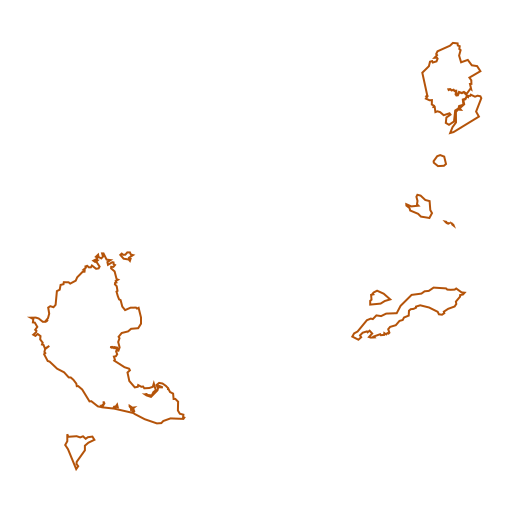 Montijo, Veraguas, Panama (orthographic projection)
{"feature_id": "35544464B52455238358598", "entity_name": "Montijo", "entity_type": "district", "adm_level": 2, "iso_a3": "PAN", "parent_name": "Panama", "parent_adm1": "Veraguas", "projection": "orthographic", "projection_center": [-81.451, 7.644], "detail": "fine", "context": "isolated", "style": "outline", "palette": "amber", "viewbox_px": 512, "rotation_deg": 0, "n_neighbors": 0, "source": "geoboundaries", "source_scale": "gbopen_adm2", "svg_char_len": 5963}
<svg xmlns="http://www.w3.org/2000/svg" viewBox="0 0 512 512"><path d="M106.6,259.6L103.5,253.4L102.1,253.4L103.0,256.6L101.3,258.4L98.5,257.0L98.1,254.7L95.9,256.8L97.4,257.7L97.1,258.8L93.4,260.7L95.1,261.9L96.6,260.4L97.5,260.5L96.3,261.6L99.6,266.6L98.6,268.4L96.1,268.8L91.9,265.5L90.9,267.3L88.8,267.3L87.2,265.8L85.5,266.4L85.9,267.6L83.5,269.7L84.7,270.1L84.5,271.7L82.6,271.8L77.2,277.3L75.7,280.7L70.2,283.6L68.6,282.3L63.8,282.2L63.5,284.2L60.6,284.9L59.7,289.7L56.9,291.1L55.6,304.8L53.5,307.2L50.3,306.2L48.2,307.6L49.2,313.7L48.0,318.1L45.3,321.4L47.8,319.7L46.9,321.0L45.6,321.8L42.8,321.8L38.7,318.5L35.8,317.6L30.7,317.7L33.3,319.1L32.9,322.4L34.8,322.6L37.3,326.9L35.2,329.8L36.4,330.7L36.1,332.2L33.3,334.7L35.4,335.9L37.7,334.0L40.5,336.1L40.2,339.4L42.7,342.7L42.0,344.5L43.5,344.9L45.0,348.6L49.3,345.9L45.1,349.1L44.4,352.0L45.3,353.1L44.1,354.2L47.7,361.0L49.6,361.6L57.1,368.7L64.1,372.3L68.7,377.4L70.8,377.5L73.4,379.8L76.3,383.6L76.8,386.2L78.2,386.1L82.2,389.5L89.5,401.4L91.3,401.2L97.9,406.4L101.6,407.1L101.2,406.2L104.2,403.4L103.5,402.1L103.5,401.5L104.4,403.4L102.6,406.4L101.5,406.1L102.1,407.3L113.1,408.5L114.1,406.7L116.3,406.4L117.5,406.9L116.4,405.6L117.1,404.6L117.7,407.1L116.1,406.8L113.7,408.5L133.2,413.0L132.5,411.9L133.9,411.3L133.4,409.6L131.1,410.0L131.0,408.8L131.8,407.7L130.3,407.4L129.6,406.4L129.6,405.8L132.1,407.5L131.3,409.8L133.3,407.6L134.1,407.5L133.1,408.3L134.2,411.2L132.9,412.0L134.3,413.8L144.7,419.2L156.9,423.4L161.3,423.1L163.3,421.0L170.5,418.4L183.4,418.9L184.3,417.6L183.1,417.1L183.4,414.7L179.8,413.7L177.9,410.5L178.1,401.7L175.3,398.9L173.6,399.0L173.1,393.6L170.0,392.0L168.5,389.0L167.9,390.0L168.1,388.2L165.9,385.9L162.5,383.5L159.1,382.9L156.6,385.0L157.3,386.8L158.9,385.8L162.8,387.4L158.3,387.3L157.5,390.3L151.0,396.9L146.5,395.4L145.0,394.4L146.3,394.4L146.5,393.1L146.5,394.9L151.8,395.4L153.4,392.1L155.8,390.2L153.8,383.5L152.8,386.8L149.3,388.0L144.3,388.3L143.0,386.5L141.4,386.8L138.2,385.1L137.8,386.8L134.8,387.4L129.3,381.0L127.5,372.5L129.9,370.3L129.1,368.7L124.5,367.2L114.2,360.6L114.9,359.6L113.9,356.6L115.9,356.2L117.2,354.2L116.1,351.5L117.1,348.4L115.4,348.1L114.7,347.4L114.0,348.1L113.0,347.2L112.0,347.8L110.3,347.0L112.8,346.9L114.0,347.8L114.6,347.1L117.1,347.6L117.3,350.5L118.4,350.7L119.6,347.4L118.2,342.0L119.5,338.2L118.6,336.8L121.7,333.0L128.1,331.4L131.1,328.8L138.2,328.2L141.0,323.7L141.0,317.5L138.6,307.8L137.0,308.6L136.0,307.6L130.5,307.7L125.1,310.1L122.3,306.6L120.6,300.1L119.1,299.4L117.8,296.1L116.5,291.6L117.5,290.9L116.7,286.2L114.9,284.3L115.1,282.9L116.4,282.5L115.7,281.0L118.0,279.7L116.6,279.1L114.6,271.4L111.1,268.4L111.2,266.8L113.4,266.9L115.0,265.0L113.6,264.2L113.5,262.4L112.3,262.2L108.0,264.8L107.4,262.1L110.5,260.1L106.6,259.6ZM436.2,54.0L437.1,55.1L434.5,57.8L436.9,57.7L437.6,58.7L436.5,61.4L432.8,62.5L432.2,61.1L430.0,61.7L428.9,66.2L422.3,72.7L427.2,95.2L426.4,96.1L427.4,96.4L425.9,98.6L429.6,100.3L431.9,100.1L431.8,104.5L433.9,105.7L433.5,107.0L434.7,106.9L435.4,112.1L437.4,111.3L440.1,112.1L443.7,115.2L449.5,113.3L450.5,114.6L446.4,117.5L445.8,122.9L449.0,124.8L454.0,121.5L455.2,110.5L458.5,108.4L459.1,106.0L463.4,104.7L462.8,99.5L465.4,98.7L467.1,95.6L463.7,92.2L461.9,93.2L459.2,92.3L457.9,95.3L456.5,95.5L455.6,94.5L456.1,90.9L454.5,91.1L453.6,89.8L451.6,90.5L450.2,89.3L448.7,90.0L448.4,89.3L450.3,89.1L451.7,90.4L453.6,89.7L454.5,90.8L456.2,90.7L456.6,95.3L457.8,95.0L459.0,91.9L461.7,92.9L463.9,91.9L466.7,93.8L470.4,88.7L471.2,89.3L470.0,84.0L471.4,83.9L471.3,80.3L469.4,77.6L480.4,71.2L477.1,66.1L471.8,65.3L467.8,59.9L461.1,62.3L459.1,55.6L460.6,50.1L459.3,49.0L459.7,46.2L457.8,45.5L457.6,43.4L452.9,42.9L450.0,45.7L437.5,51.3L436.2,54.0ZM446.0,288.4L433.6,287.6L428.8,290.9L424.6,291.3L421.4,293.6L411.6,294.9L400.6,305.8L396.7,313.2L386.2,313.6L381.1,316.1L376.4,315.4L372.8,319.1L370.8,318.6L366.9,320.2L357.6,331.5L354.1,333.4L352.3,336.6L358.4,339.7L361.2,337.2L360.0,335.4L362.7,332.7L366.9,331.4L367.6,332.3L369.6,330.7L372.2,333.5L369.0,337.0L370.7,337.6L374.5,337.4L373.8,336.5L380.2,334.2L380.8,335.2L384.1,334.9L384.3,333.1L386.2,334.4L387.4,333.1L388.5,333.6L389.4,332.7L388.2,329.2L390.1,326.9L395.8,325.2L399.5,320.9L402.7,320.0L404.0,317.5L408.7,315.6L409.0,310.7L410.7,309.2L413.5,308.9L416.0,307.7L416.0,306.6L420.2,305.3L429.1,307.5L437.7,311.8L438.9,314.3L442.0,314.7L444.3,313.2L443.8,311.7L448.2,308.8L454.6,306.5L456.3,304.0L455.9,301.6L460.1,296.6L460.1,295.1L463.0,294.5L464.6,292.7L461.6,292.4L456.2,288.5L454.7,289.6L450.7,289.8L447.3,289.6L446.0,288.4ZM475.0,96.7L470.8,94.7L470.3,95.8L468.2,95.9L468.1,97.1L466.7,96.5L465.4,99.3L463.3,100.0L464.2,104.3L458.7,109.2L460.3,109.1L460.9,109.8L457.9,109.6L455.9,112.0L456.0,122.4L452.5,127.2L450.2,133.0L453.5,132.1L478.9,116.6L476.1,111.6L481.3,98.2L480.4,96.3L477.6,95.7L475.0,96.7ZM76.6,436.2L68.3,436.8L67.3,434.2L67.3,441.2L65.2,445.0L68.0,449.2L76.2,469.1L78.2,466.2L76.5,464.0L76.7,461.8L84.9,450.3L84.9,445.7L88.4,442.7L94.4,439.8L92.4,436.6L87.9,437.2L85.7,438.8L83.0,436.3L80.2,437.4L76.6,436.2ZM417.4,194.8L416.4,196.8L417.5,200.9L417.0,204.3L418.4,205.7L411.3,206.4L406.3,204.2L406.4,205.6L409.5,208.0L410.2,210.5L418.1,213.8L420.9,216.6L429.4,218.0L432.0,213.1L430.3,210.1L429.6,201.1L425.3,200.0L420.6,195.6L417.4,194.8ZM377.1,290.7L373.6,292.5L372.6,293.7L373.2,294.4L371.1,294.9L371.5,299.7L370.2,300.8L370.2,304.6L380.6,303.6L384.8,301.0L390.2,299.4L383.7,293.7L377.1,290.7ZM444.2,156.6L440.2,155.1L437.2,156.2L433.6,161.2L433.8,162.7L438.0,166.1L443.9,165.8L446.0,164.0L444.2,156.6ZM129.9,252.4L127.3,252.4L125.3,254.7L123.2,254.8L121.7,253.6L120.3,254.9L123.6,258.7L128.7,259.5L129.9,260.9L130.5,259.0L129.1,259.0L128.9,257.8L133.0,255.1L130.8,254.5L129.9,252.4ZM453.7,225.7L453.3,224.7L452.0,223.8L452.3,224.6L453.7,225.7ZM446.8,222.7L446.2,221.8L445.2,221.6L446.0,222.5L446.8,222.7ZM449.2,223.2L447.7,223.1L447.5,223.4L448.2,223.7L449.2,223.2Z" fill="none" stroke="#b45309" stroke-width="2"/></svg>